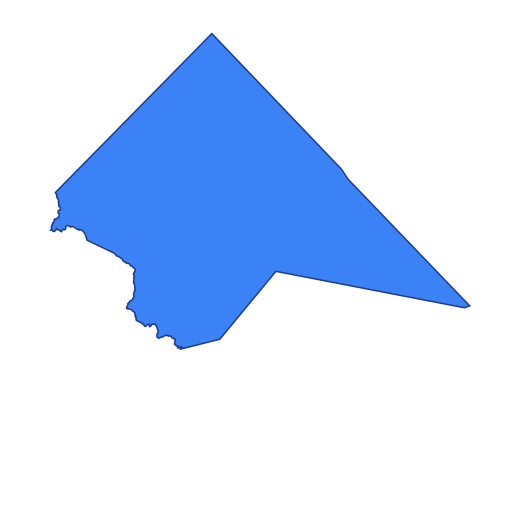 Lago Buenos Aires, Santa Cruz, Argentina, rotated 314°
{"feature_id": "61730980B62951780268980", "entity_name": "Lago Buenos Aires", "entity_type": "district", "adm_level": 2, "iso_a3": "ARG", "parent_name": "Argentina", "parent_adm1": "Santa Cruz", "projection": "albers", "projection_center": [-71.373, -47.161], "detail": "fine", "context": "isolated", "style": "filled", "palette": "blue", "viewbox_px": 512, "rotation_deg": 314, "n_neighbors": 0, "source": "geoboundaries", "source_scale": "gbopen_adm2", "svg_char_len": 5769}
<svg xmlns="http://www.w3.org/2000/svg" viewBox="0 0 512 512"><g transform="rotate(314 256 256)"><path d="M162.3,67.6L162.0,67.9L161.9,68.1L162.0,68.4L161.9,68.9L162.1,69.3L162.1,69.5L161.8,69.8L161.8,70.1L161.6,70.4L161.4,70.5L161.1,70.5L160.8,70.6L160.7,70.8L160.8,71.1L160.7,71.4L160.0,71.7L159.8,72.0L159.8,72.4L159.9,72.8L159.7,73.1L159.6,73.7L159.7,74.1L159.1,74.4L159.1,74.7L158.8,75.2L158.9,75.3L158.8,75.5L158.7,75.6L158.4,76.0L158.2,76.1L157.9,76.1L157.7,76.5L157.4,76.8L157.1,77.1L156.9,77.0L156.5,77.5L156.3,77.8L156.4,78.6L156.3,78.9L155.8,78.9L155.7,79.0L155.3,79.0L155.0,79.2L155.0,79.7L154.8,80.1L154.8,81.0L154.9,81.3L154.9,81.6L154.8,81.9L154.4,82.3L153.9,82.5L153.0,83.1L152.6,83.1L152.5,82.8L152.2,82.5L151.5,82.2L150.8,82.6L150.5,83.0L150.1,83.2L149.5,83.8L149.5,84.3L149.7,84.7L149.7,85.1L149.5,85.5L148.5,86.0L148.1,86.4L147.2,86.8L146.9,87.2L146.6,87.4L146.5,87.1L146.2,86.8L145.9,86.7L143.8,86.7L143.6,86.6L143.4,86.4L143.3,85.8L143.2,85.6L142.9,85.6L142.1,85.6L141.9,85.8L141.6,86.2L140.8,86.5L140.1,87.2L139.9,87.2L139.1,86.9L138.3,86.8L138.1,87.0L138.0,87.3L138.0,87.6L137.4,87.6L136.9,87.8L136.4,87.7L136.1,87.8L134.8,88.6L134.5,89.2L134.4,89.6L133.4,89.9L132.5,90.4L132.1,90.4L132.9,91.2L132.8,91.6L133.0,91.9L132.8,92.3L132.8,92.5L133.0,93.4L134.0,94.0L134.9,94.0L136.4,93.8L136.6,93.6L137.2,93.3L137.5,93.3L137.7,93.1L137.5,93.3L137.2,93.4L136.7,93.6L136.6,93.9L136.8,94.3L137.1,94.6L137.2,95.1L138.2,97.0L138.4,97.4L137.9,98.1L138.2,98.8L138.3,98.9L138.4,99.2L139.3,99.0L139.9,98.7L141.1,98.8L141.6,99.7L142.5,100.5L144.0,99.8L144.7,99.1L145.0,98.5L145.3,98.5L146.2,98.8L147.5,99.8L147.8,101.8L148.0,102.3L148.1,102.7L148.4,102.6L148.6,102.3L148.9,102.5L149.8,103.3L149.8,103.6L150.3,104.5L150.3,104.9L150.7,107.0L150.6,107.4L150.7,107.6L150.7,107.8L151.2,108.4L151.3,109.0L151.7,109.9L151.6,110.3L152.3,110.4L152.2,111.1L152.6,111.2L153.2,111.6L153.3,111.7L153.2,112.3L153.6,113.5L153.6,115.3L153.1,117.5L152.4,119.0L151.9,120.7L151.6,120.7L151.5,120.9L151.4,121.6L151.2,121.6L151.1,122.0L150.7,122.3L150.2,122.8L150.1,123.0L150.0,123.5L159.8,152.9L159.8,153.1L159.4,153.7L159.4,154.2L159.2,154.8L159.1,155.3L159.3,155.9L159.6,156.1L160.0,156.7L159.9,157.6L160.4,157.9L160.5,158.1L160.3,158.7L160.6,159.2L160.5,160.5L160.7,160.8L160.9,161.7L160.7,162.3L160.7,162.8L160.3,163.1L160.2,163.3L160.1,164.3L160.3,164.8L160.3,165.1L160.7,166.0L160.8,166.2L160.7,166.4L161.1,166.7L160.8,167.4L160.8,167.8L161.2,168.3L161.3,168.7L161.9,169.2L162.0,169.6L162.4,170.0L162.3,170.5L162.4,171.0L162.1,171.5L162.0,171.9L162.0,172.9L162.0,173.2L162.5,173.4L162.6,173.7L162.6,175.0L162.4,175.4L162.3,176.1L162.4,176.5L162.7,177.1L162.8,177.8L162.8,178.2L162.1,179.0L161.4,179.0L161.2,179.3L160.6,179.4L160.3,179.8L160.1,179.7L159.8,179.9L158.9,179.8L158.4,180.2L158.1,180.3L157.8,180.6L157.5,180.9L157.5,181.4L157.6,181.6L157.3,182.1L157.2,182.3L156.9,182.4L156.8,182.7L155.8,182.9L155.6,183.2L155.4,183.7L155.2,183.8L154.9,183.8L154.3,184.6L153.3,185.1L153.1,185.5L152.6,185.6L152.0,186.1L152.0,186.3L152.1,186.8L151.8,186.9L151.2,187.5L151.0,188.4L150.3,189.7L149.7,190.3L149.0,190.6L148.7,191.1L148.7,191.5L147.5,192.3L147.0,193.0L146.4,192.8L146.0,193.1L145.7,193.2L145.7,193.6L144.8,193.9L144.6,194.0L144.0,194.0L143.7,194.1L143.3,194.9L142.8,195.2L142.8,195.6L142.1,196.0L141.9,196.6L141.2,196.7L140.2,196.7L139.6,196.9L139.1,197.3L138.6,197.3L137.9,197.1L136.9,197.0L136.5,196.7L135.8,196.9L135.5,196.8L135.3,197.0L135.0,197.2L134.5,197.1L133.9,196.8L133.4,196.9L132.9,196.8L132.8,197.3L132.1,197.4L131.5,198.0L130.5,198.1L129.9,198.5L129.5,198.4L129.2,198.6L128.9,199.1L128.4,199.3L128.6,200.1L128.9,200.3L128.9,200.6L130.0,201.8L130.9,203.5L131.0,204.4L130.9,204.7L130.6,205.1L130.6,205.5L131.0,206.7L130.9,207.3L131.1,208.0L130.5,208.8L130.4,209.1L129.6,209.7L129.5,210.0L129.6,210.4L129.1,210.8L129.0,211.2L129.0,211.5L128.6,211.5L128.2,211.7L128.2,212.1L128.2,212.8L128.1,213.0L127.9,213.4L127.5,213.5L126.9,213.8L126.8,214.0L126.8,214.8L126.7,214.9L126.9,215.4L126.9,216.1L127.1,216.5L127.3,216.9L127.5,217.4L127.5,217.8L127.4,218.2L127.5,218.4L127.6,218.6L128.2,219.0L128.2,219.8L128.3,220.3L128.2,221.2L128.5,221.4L128.9,222.4L128.9,222.6L128.5,222.8L128.4,223.1L128.3,224.0L128.2,224.5L128.3,225.2L128.5,225.5L129.9,225.6L130.6,225.4L131.4,225.7L132.1,226.4L132.4,226.8L132.7,226.9L132.0,227.5L131.3,228.0L131.1,228.4L131.9,228.7L132.3,228.7L132.7,228.8L133.1,229.0L134.5,228.5L135.0,228.6L135.6,229.4L135.6,229.7L135.8,230.1L136.6,230.5L136.9,230.9L136.6,231.8L136.5,232.3L136.2,233.0L136.3,233.4L136.3,233.6L135.8,234.2L135.6,235.0L135.1,235.5L134.9,236.1L134.4,236.9L134.3,237.5L133.7,237.8L133.0,238.9L131.6,238.8L130.7,239.3L129.7,240.4L129.1,240.8L129.0,241.2L128.8,241.6L129.3,242.1L129.4,242.5L129.3,243.0L129.3,243.3L130.3,243.5L131.5,244.1L131.7,244.3L132.1,244.3L133.2,245.3L133.7,245.1L134.3,245.4L135.4,245.7L135.6,246.0L136.2,246.2L136.5,246.5L137.0,246.6L137.3,247.2L137.4,248.1L137.3,248.4L137.4,248.6L138.6,249.4L138.8,249.6L138.9,250.3L139.2,250.5L139.3,251.0L138.8,251.9L138.9,252.8L139.3,253.7L139.2,254.4L139.3,254.5L139.5,254.7L139.8,254.7L139.9,254.8L140.0,255.2L140.3,255.7L140.2,256.0L139.7,256.3L138.2,256.9L137.4,257.9L136.9,258.2L136.5,258.4L136.1,258.3L136.0,258.6L135.9,259.2L136.1,259.8L136.1,260.1L136.1,261.4L136.3,261.6L136.8,261.6L137.1,262.0L137.1,262.4L137.0,262.6L136.9,262.7L136.4,262.5L136.2,262.9L135.5,263.3L136.0,263.8L136.1,264.2L136.5,264.1L136.9,264.3L137.0,264.3L137.8,265.1L138.3,265.4L139.0,265.3L138.8,265.8L138.8,266.5L138.4,266.6L138.4,266.9L138.3,267.0L138.1,266.8L137.4,266.6L136.9,266.2L136.3,266.0L135.8,265.9L171.0,287.8L258.8,281.0L314.4,366.4L363.5,441.8L368.6,444.4L375.2,268.9L377.8,257.1L385.3,69.7L162.3,67.6Z" fill="#3b82f6" stroke="#1e3a8a" stroke-width="1.5"/></g></svg>